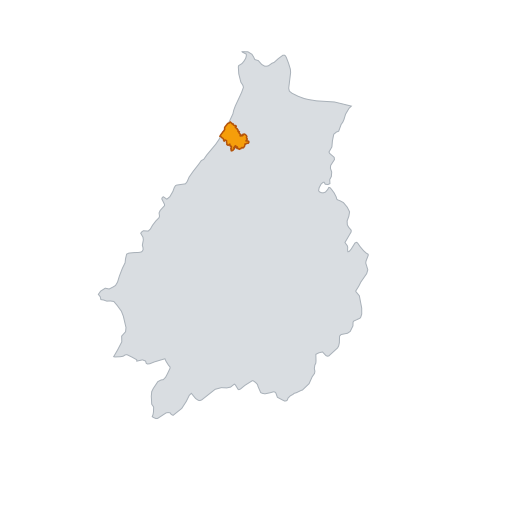 Ivanava, Brest, Belarus shown in context, rotated 118°
{"feature_id": "67162791B27498157405440", "entity_name": "Ivanava", "entity_type": "district", "adm_level": 2, "iso_a3": "BLR", "parent_name": "Belarus", "parent_adm1": "Brest", "projection": "equal_earth", "projection_center": [25.563, 52.191], "detail": "fine", "context": "in_parent", "style": "filled", "palette": "amber", "viewbox_px": 512, "rotation_deg": 118, "n_neighbors": 0, "source": "geoboundaries", "source_scale": "gbopen_adm2", "svg_char_len": 7643}
<svg xmlns="http://www.w3.org/2000/svg" viewBox="0 0 512 512"><g transform="rotate(118 256 256)"><path d="M411.7,334.4L404.0,334.1L394.8,334.2L389.8,337.0L384.1,335.6L380.2,337.2L371.4,344.9L367.9,349.0L364.8,355.4L362.9,360.2L364.1,363.5L365.9,366.6L366.4,369.9L367.3,372.5L365.1,374.4L363.9,377.2L360.0,376.7L355.2,374.0L354.1,370.2L350.4,367.6L348.0,366.2L344.0,366.0L337.8,367.2L329.6,368.2L323.4,368.4L320.0,369.8L315.1,371.1L313.1,369.6L310.2,365.2L307.8,361.0L306.2,359.1L304.9,358.6L303.2,358.7L301.3,360.0L299.9,361.4L294.7,363.0L292.5,364.6L290.0,368.5L288.4,368.2L286.6,367.3L284.6,362.9L281.8,361.9L277.5,361.8L272.1,360.9L267.7,359.6L266.1,359.9L263.5,361.8L260.7,362.0L254.5,360.4L253.3,361.1L249.8,366.0L248.2,366.2L247.2,365.6L247.7,361.4L244.1,359.9L238.0,359.7L233.8,360.3L231.7,360.1L230.6,359.3L225.4,352.2L222.6,351.7L217.7,352.1L210.5,351.2L202.1,349.7L197.5,349.1L195.1,347.5L189.9,346.9L176.1,344.0L170.5,343.4L162.2,343.4L149.5,342.7L141.4,343.1L137.7,344.1L133.3,344.7L118.3,345.5L112.9,346.3L111.4,347.8L109.6,351.0L103.3,356.7L97.3,360.4L96.1,360.7L92.6,358.7L89.7,358.1L86.3,357.9L83.8,358.5L82.3,359.4L82.4,363.8L82.1,364.2L79.5,359.0L79.8,354.3L81.3,351.7L83.1,349.3L82.4,345.7L84.2,340.9L84.3,337.5L83.6,336.0L82.2,334.3L78.3,332.4L76.6,330.9L71.3,329.0L66.1,326.5L65.3,325.0L65.5,324.0L66.5,322.4L70.5,317.8L74.9,313.4L77.7,311.6L92.5,305.9L94.8,303.9L95.4,300.6L95.2,293.8L94.4,287.6L93.3,283.4L90.6,275.4L83.2,259.1L78.9,242.2L81.9,243.2L88.8,243.5L94.3,242.4L97.2,242.2L99.7,242.6L107.0,241.6L108.8,243.2L112.0,244.5L118.4,242.6L124.1,240.2L129.9,240.4L130.8,239.3L132.2,233.3L134.0,232.0L141.0,232.6L143.6,231.5L146.3,228.6L150.4,226.8L153.9,226.8L157.4,224.7L159.2,226.1L160.1,228.6L158.9,230.5L159.4,231.3L161.9,232.3L166.1,232.3L168.9,231.4L169.5,230.3L169.5,228.3L168.8,226.4L167.0,224.7L163.6,223.9L161.3,223.9L160.9,222.8L161.7,220.6L163.7,216.5L166.3,212.8L167.9,211.4L168.1,210.1L167.8,207.9L167.8,203.9L170.1,198.3L173.1,194.1L177.3,192.7L182.3,192.0L185.6,190.0L187.1,187.7L188.5,184.1L190.1,183.3L202.3,183.8L204.1,180.2L205.1,179.2L207.4,178.1L209.1,176.9L208.4,175.9L205.3,175.2L198.0,174.7L196.6,173.5L197.0,172.1L198.9,168.4L200.8,163.6L201.7,160.0L201.8,157.8L202.8,157.2L208.7,156.5L210.7,155.8L215.7,150.8L219.6,150.0L229.7,151.2L234.3,151.1L240.1,151.5L240.6,151.0L242.6,146.1L252.4,138.2L257.6,135.4L260.9,134.8L262.1,135.0L267.5,139.1L268.7,139.3L272.2,137.6L278.3,137.4L281.2,138.9L285.4,144.0L287.5,144.6L293.4,141.7L296.6,140.8L298.8,140.8L310.1,144.8L311.0,146.0L311.1,147.5L309.5,152.2L311.9,155.0L314.7,157.0L320.4,153.8L322.5,152.9L324.8,152.8L327.9,151.7L330.1,149.9L332.2,149.2L336.3,149.7L343.8,149.2L352.6,152.1L353.3,152.9L357.8,156.2L359.4,157.9L360.9,158.4L363.2,160.0L366.4,161.0L368.5,160.7L369.6,161.2L370.6,162.5L370.7,164.7L370.7,170.8L367.7,174.1L367.3,175.2L367.5,176.6L370.1,179.3L373.5,183.4L374.3,185.9L374.4,187.7L370.2,193.0L368.8,194.3L367.9,196.9L367.5,199.6L367.8,200.7L375.3,205.0L380.8,207.3L382.1,208.4L382.2,209.1L379.5,213.7L379.3,215.0L383.7,216.9L386.2,219.9L388.5,224.8L392.9,229.5L408.6,236.4L410.0,237.7L410.5,239.2L410.2,242.4L407.6,248.6L410.3,249.5L417.1,249.3L425.4,250.0L435.6,254.4L435.7,256.4L434.8,258.2L435.5,260.1L436.7,261.7L445.6,266.6L446.5,268.0L446.7,270.4L446.6,272.2L444.2,272.5L441.6,273.4L437.4,275.5L435.8,278.5L429.0,282.6L424.7,284.4L421.2,284.5L413.0,283.7L410.0,281.6L408.7,279.8L405.5,278.9L401.3,278.9L395.5,279.2L394.4,279.7L393.5,282.0L391.2,286.0L389.5,288.2L397.2,296.0L401.0,299.2L402.3,301.1L402.3,302.5L400.6,304.2L401.0,307.5L404.8,311.9L403.6,312.6L403.5,317.9L403.7,323.7L404.8,325.1L406.8,326.2L408.5,328.3L411.4,333.2L411.7,334.4Z" fill="#d9dde1" stroke="#a8b0b8" stroke-width="1"/><path d="M166.8,318.4L166.6,318.4L166.4,318.3L166.3,318.1L166.2,317.9L165.8,317.8L165.4,317.8L165.1,317.7L164.6,317.6L164.2,317.7L163.9,317.8L163.5,317.9L163.1,318.0L162.8,318.1L162.4,318.2L162.2,318.2L162.2,317.9L162.1,317.7L161.7,317.5L161.4,317.3L160.9,317.0L160.6,316.6L160.4,316.3L160.3,316.0L160.1,315.8L159.8,315.7L159.1,315.7L158.8,315.8L158.7,315.8L158.4,316.1L158.2,316.3L158.2,316.7L158.3,317.0L158.4,317.4L158.5,317.7L158.5,318.2L158.7,318.4L158.9,318.6L159.1,318.7L159.1,318.8L158.7,318.9L158.4,318.9L158.1,318.8L157.5,318.6L157.2,318.6L156.9,318.7L156.7,318.8L156.5,319.0L156.4,319.3L156.4,319.5L156.2,319.9L156.0,320.0L155.7,320.1L155.4,320.1L155.0,320.1L154.8,320.2L154.6,320.4L154.4,320.7L154.2,321.1L154.1,321.3L154.0,321.7L153.9,322.1L153.9,322.4L153.8,322.8L153.8,323.0L153.7,323.1L153.7,323.3L153.8,323.5L154.0,323.8L154.3,324.1L154.4,324.3L154.5,324.5L154.8,324.7L155.1,324.6L155.3,324.5L155.3,324.4L155.4,324.2L155.6,324.1L155.9,324.3L156.1,324.5L156.3,324.6L156.6,324.8L156.6,325.1L156.4,325.1L156.2,325.3L156.1,325.5L156.3,325.7L156.5,325.8L156.8,325.8L157.0,325.8L157.3,326.0L157.4,326.3L157.3,326.5L156.9,326.6L156.7,326.6L156.3,326.6L156.1,326.7L156.0,326.9L155.9,327.2L155.7,327.6L155.6,327.8L155.6,328.1L155.3,328.7L155.2,328.9L154.9,329.0L154.6,329.0L154.4,329.0L154.2,329.0L154.1,329.3L154.3,329.4L154.4,329.5L154.4,329.8L154.5,330.0L154.4,330.3L154.3,330.5L154.2,330.6L153.9,330.6L153.5,330.8L153.3,330.9L153.2,331.0L153.1,331.5L153.1,331.9L153.0,332.0L152.7,332.1L152.5,332.3L152.5,332.7L152.5,332.9L152.4,333.2L152.3,333.4L152.3,333.7L152.2,334.1L152.2,334.5L151.9,334.7L151.6,334.7L151.3,334.5L151.1,334.4L150.9,334.3L150.7,334.4L150.6,334.6L150.5,334.8L150.4,335.0L150.4,335.3L150.5,335.5L150.6,335.8L150.8,335.9L150.9,336.0L150.9,336.4L150.9,336.8L150.9,337.2L150.8,337.5L150.6,337.7L150.5,337.8L150.3,338.0L150.1,338.3L150.3,338.6L150.5,338.7L150.5,339.0L150.3,339.1L150.2,339.3L150.3,339.6L150.3,339.8L150.1,340.2L150.0,340.4L149.9,340.8L149.9,341.2L149.8,341.6L150.1,341.6L150.7,341.9L151.6,342.5L152.1,343.1L152.6,343.3L153.6,343.4L154.4,343.6L155.0,343.7L156.6,344.0L157.2,344.0L157.9,343.8L158.3,343.4L158.6,343.2L159.0,343.1L159.8,343.1L160.8,343.1L161.2,343.3L162.4,343.6L163.2,343.6L164.1,343.8L165.5,344.0L166.7,344.1L167.2,344.0L167.1,343.7L167.1,343.2L167.1,342.9L167.3,342.5L167.5,342.1L167.6,341.9L167.6,341.5L167.6,341.1L167.6,340.6L167.7,340.2L167.9,339.9L168.2,339.5L168.6,339.3L168.8,339.2L168.9,338.9L168.9,338.7L169.1,338.6L169.4,338.4L169.5,338.2L169.4,337.9L169.2,337.9L168.9,338.1L168.6,338.1L168.3,338.0L168.1,337.7L168.0,336.8L168.0,336.2L168.4,335.9L168.8,335.8L169.2,335.5L169.6,335.2L170.0,334.8L170.4,334.5L170.7,334.3L171.1,334.2L171.3,333.7L171.2,333.5L171.3,333.2L171.4,332.8L171.3,332.5L170.9,332.3L170.6,332.1L170.3,332.0L169.8,331.9L169.6,331.6L169.8,331.4L170.2,331.3L170.5,331.2L170.7,330.7L170.7,330.4L171.0,330.3L171.0,330.0L170.8,329.6L170.8,329.3L170.9,329.0L171.1,328.9L171.4,328.8L171.9,328.8L172.0,328.8L172.3,328.8L172.6,328.8L173.0,328.6L172.9,328.2L173.0,327.9L173.3,327.9L173.5,327.9L174.0,327.9L174.3,327.6L174.5,327.4L174.7,327.2L174.5,326.7L174.0,326.4L173.7,326.1L173.3,325.9L173.0,325.9L172.4,325.8L171.9,325.8L171.8,325.6L171.5,325.4L171.2,325.5L170.8,325.5L171.0,325.9L170.9,326.2L170.8,326.4L170.4,326.4L170.0,326.2L169.8,326.2L169.4,326.2L169.1,326.2L168.7,326.1L168.4,325.9L168.2,325.7L168.3,325.5L168.6,325.3L168.9,325.1L169.1,324.9L169.3,324.7L169.3,324.4L169.3,324.2L169.0,324.0L168.6,323.9L168.5,323.7L168.8,323.3L169.2,323.3L169.5,323.4L169.7,323.5L169.9,323.4L170.0,323.3L170.0,323.1L169.9,323.0L169.7,322.9L169.6,322.7L169.6,322.2L169.5,321.8L169.5,321.5L169.6,321.3L169.7,321.0L169.6,320.8L169.4,320.6L169.2,320.6L168.9,320.5L168.6,320.3L168.5,320.0L168.4,319.8L168.2,319.8L167.7,319.7L167.4,319.6L167.1,319.4L166.8,319.3L166.8,319.1L166.8,318.8L166.8,318.4Z" fill="#f59e0b" stroke="#b45309" stroke-width="1.5"/></g></svg>